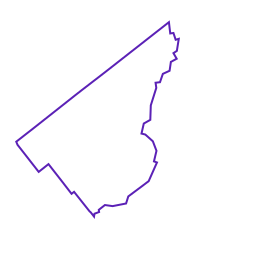 Scott, Minnesota, United States of America (Albers equal-area conic projection), rotated 142°
{"feature_id": "52423323B60044355974523", "entity_name": "Scott", "entity_type": "district", "adm_level": 2, "iso_a3": "USA", "parent_name": "United States of America", "parent_adm1": "Minnesota", "projection": "albers", "projection_center": [-93.571, 44.678], "detail": "fine", "context": "isolated", "style": "outline", "palette": "violet", "viewbox_px": 256, "rotation_deg": 142, "n_neighbors": 0, "source": "geoboundaries", "source_scale": "gbopen_adm2", "svg_char_len": 735}
<svg xmlns="http://www.w3.org/2000/svg" viewBox="0 0 256 256"><g transform="rotate(142 128 128)"><path d="M149.6,186.3L201.0,186.0L224.5,186.0L225.4,182.8L225.4,148.4L212.9,148.5L212.9,126.6L213.0,110.9L209.8,110.9L209.7,98.4L209.6,85.9L209.3,84.6L209.3,79.1L207.2,81.1L202.5,79.6L201.4,81.5L193.6,81.5L188.2,75.9L176.0,69.7L169.9,73.9L150.8,73.5L144.4,73.4L126.4,83.0L128.1,85.7L119.6,92.5L116.6,102.2L118.1,110.6L118.4,112.2L120.8,115.3L112.8,121.8L105.4,120.7L96.1,131.8L81.0,142.2L78.4,146.7L74.6,144.4L67.2,149.2L60.0,147.5L53.5,153.7L47.0,152.6L46.1,159.0L42.0,158.7L33.1,167.0L36.1,168.2L33.7,174.9L36.5,176.5L30.6,186.2L111.8,186.1L126.9,186.2L141.1,186.3L149.6,186.3Z" fill="none" stroke="#5b21b6" stroke-width="2"/></g></svg>